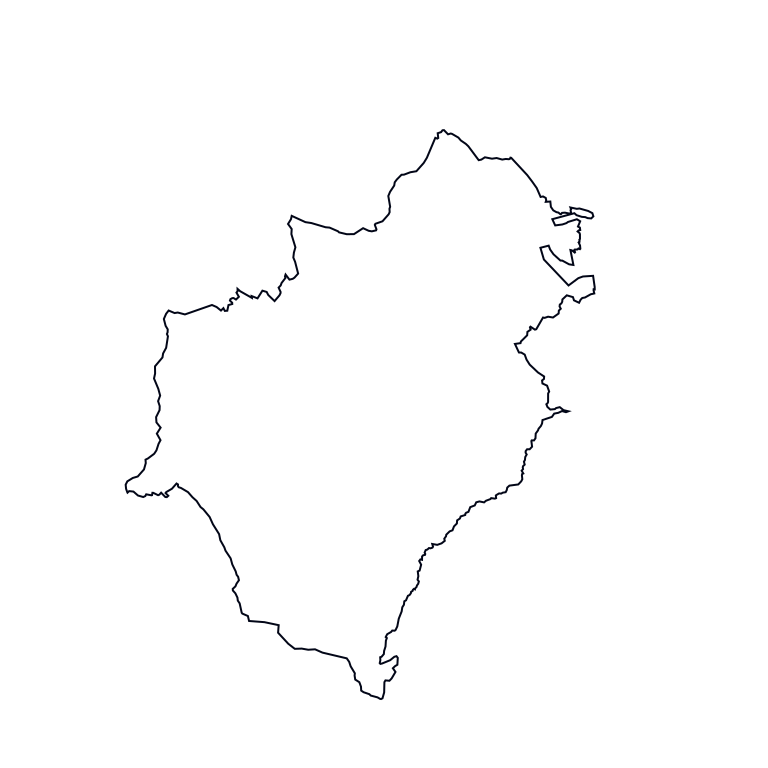 Odaile, Buzau, Romania, rotated 42°
{"feature_id": "2599482B56943146128406", "entity_name": "Odaile", "entity_type": "district", "adm_level": 2, "iso_a3": "ROU", "parent_name": "Romania", "parent_adm1": "Buzau", "projection": "robinson", "projection_center": [26.554, 45.39], "detail": "fine", "context": "isolated", "style": "outline", "palette": "ink", "viewbox_px": 768, "rotation_deg": 42, "n_neighbors": 0, "source": "geoboundaries", "source_scale": "gbopen_adm2", "svg_char_len": 6165}
<svg xmlns="http://www.w3.org/2000/svg" viewBox="0 0 768 768"><g transform="rotate(42 384 384)"><path d="M505.5,632.2L510.3,627.3L518.0,624.8L539.9,612.8L544.1,613.8L548.1,616.1L555.9,618.5L557.2,620.3L560.4,622.9L565.2,622.1L569.4,624.3L572.2,627.1L575.1,626.7L580.7,624.3L582.6,624.4L588.9,621.2L591.8,620.6L592.6,620.1L593.2,618.6L590.5,613.1L583.8,605.3L583.4,603.3L586.6,600.9L586.7,597.7L585.2,590.3L580.8,589.3L581.0,586.3L581.8,583.7L577.5,578.3L575.4,577.9L574.2,579.8L573.4,585.1L569.6,593.0L568.6,594.4L567.6,594.3L566.1,591.7L564.0,589.6L564.7,588.4L564.6,584.8L562.7,582.3L560.8,578.1L557.1,573.4L556.1,570.9L554.6,570.9L553.8,567.8L555.2,563.5L555.1,561.7L557.0,560.2L557.2,559.0L556.1,555.3L552.0,548.5L549.3,541.2L547.0,537.7L546.5,534.7L544.5,531.9L545.1,530.0L543.5,525.4L544.2,523.7L544.0,521.6L543.2,520.3L543.7,518.6L543.2,517.6L543.3,516.3L544.4,515.9L543.9,515.2L544.0,513.1L543.3,511.7L543.1,509.6L542.0,507.4L539.9,507.0L538.1,503.8L534.5,500.7L535.3,498.8L532.5,493.4L528.6,492.0L528.4,490.0L529.9,489.2L527.7,486.7L527.7,485.1L528.8,483.5L528.4,482.7L527.0,482.1L526.1,479.5L527.0,478.0L527.2,475.8L528.5,475.0L529.5,473.2L529.3,472.1L526.9,470.6L531.2,467.9L533.4,463.9L534.1,459.9L532.3,458.6L532.0,455.7L531.1,454.3L531.4,449.6L532.8,446.9L531.3,443.0L531.5,438.9L529.6,436.4L530.4,433.2L529.6,431.1L532.0,427.0L531.2,425.8L531.2,424.7L532.3,422.5L530.5,417.8L532.7,413.5L531.7,410.2L533.5,407.4L537.6,405.0L537.9,402.5L540.1,398.3L540.0,397.1L543.1,395.0L543.7,393.8L541.7,392.0L541.8,391.4L542.7,388.4L544.5,386.9L544.9,385.4L546.8,383.0L546.2,380.7L544.9,378.5L545.2,375.6L551.0,368.8L551.1,364.5L550.5,362.2L547.5,359.5L546.9,358.4L547.4,357.3L544.3,356.3L544.3,354.2L542.8,353.0L542.3,351.9L542.5,349.8L540.0,348.1L539.6,346.2L537.8,343.7L537.2,340.9L535.2,340.3L534.2,339.1L534.0,336.8L535.9,335.1L536.0,331.5L531.7,327.8L531.5,327.1L533.2,325.6L532.9,323.0L529.9,319.3L529.5,315.5L528.8,313.8L528.7,310.3L527.9,307.6L525.9,304.7L530.8,296.1L530.3,292.1L532.8,288.8L534.4,285.0L538.1,283.2L539.3,280.9L534.9,283.3L530.1,283.6L528.0,286.7L527.8,288.3L524.7,291.7L520.8,291.7L518.2,290.4L518.4,288.9L518.0,287.6L512.3,281.2L511.8,279.1L506.3,276.1L501.4,277.6L499.1,275.6L499.5,273.2L498.0,271.3L490.7,272.4L479.3,272.1L473.6,270.5L468.9,268.0L464.9,268.8L463.2,270.3L454.5,266.6L458.1,262.3L457.3,260.8L457.8,252.0L455.7,249.3L456.6,245.5L454.5,244.2L454.5,243.4L459.8,242.6L460.5,241.4L457.7,228.2L459.1,227.4L460.9,224.2L465.1,221.5L466.6,214.8L464.8,212.4L465.0,209.8L462.6,208.9L461.5,207.3L461.9,205.5L461.4,203.6L460.0,201.8L460.5,195.8L466.3,193.0L469.2,194.7L474.6,193.1L473.7,189.8L473.8,187.4L475.5,185.2L477.6,179.0L479.7,176.0L477.0,174.1L476.4,173.3L477.3,172.7L475.6,170.9L467.0,163.7L459.9,171.0L457.6,175.3L455.2,187.3L419.5,184.5L409.1,178.1L413.8,171.0L417.5,172.9L423.2,174.2L432.5,174.2L433.9,173.0L441.5,171.2L445.1,168.8L432.9,159.7L434.1,159.0L437.8,158.7L437.8,158.2L435.8,157.3L435.7,156.6L437.8,154.5L437.8,153.2L439.4,152.7L439.4,152.1L436.9,149.8L435.0,149.1L434.7,148.4L433.9,148.5L433.7,146.8L432.7,146.2L432.6,145.1L429.4,141.6L428.4,141.0L425.8,141.1L425.9,139.6L426.8,138.3L424.9,136.7L422.8,137.2L420.9,131.8L417.1,132.5L412.3,140.5L411.9,142.4L409.8,146.1L405.1,151.6L398.8,148.9L411.2,129.7L414.1,129.7L419.2,127.4L421.9,125.3L424.3,124.5L427.2,122.3L427.4,119.3L424.5,117.6L419.9,118.8L411.8,122.8L410.1,124.8L404.4,128.1L406.2,129.0L406.3,130.0L408.4,131.5L407.9,133.2L403.8,135.6L401.8,137.7L401.9,139.3L401.5,139.8L398.9,139.9L397.2,140.9L393.6,141.7L389.5,140.7L385.5,137.1L382.3,140.4L381.6,138.9L379.7,137.5L376.7,138.2L375.2,140.2L366.4,136.2L358.5,134.4L350.6,132.9L327.2,130.8L326.5,131.2L326.9,132.4L326.4,133.4L323.9,135.3L321.7,138.1L316.5,140.7L313.5,144.3L307.3,148.0L306.2,152.1L304.6,154.3L287.6,150.9L284.3,150.8L278.1,151.6L274.4,151.1L267.2,152.6L266.0,153.2L264.5,155.6L258.7,155.2L257.7,156.3L257.9,158.6L256.1,161.7L259.7,164.9L259.4,166.0L257.4,166.7L264.5,187.2L265.6,193.1L265.7,204.2L261.9,209.0L258.8,215.0L257.0,216.8L256.7,223.4L257.0,226.9L258.8,229.7L259.9,237.1L261.4,241.4L270.0,248.2L270.8,250.1L273.2,252.5L273.9,254.8L274.0,264.1L270.4,270.7L270.7,271.9L274.9,274.1L275.3,275.1L272.8,278.7L270.1,280.4L264.2,282.2L261.4,292.7L256.1,297.6L249.1,301.4L247.6,301.3L238.9,304.2L235.7,306.6L222.3,313.0L217.3,316.3L202.9,320.8L204.6,323.8L205.6,329.3L211.7,330.6L214.9,334.6L226.7,341.7L229.1,346.6L232.0,350.7L236.2,352.7L246.3,359.4L246.3,364.9L245.8,366.9L243.9,369.7L237.6,368.5L238.4,370.3L239.8,371.2L240.3,377.5L241.3,379.9L241.2,382.9L245.6,384.8L246.3,385.7L247.0,388.1L247.2,395.6L238.4,395.3L235.2,394.1L231.2,396.0L232.7,405.0L226.8,407.2L228.2,408.4L215.0,411.3L211.5,411.3L213.1,413.0L213.2,414.8L217.8,416.3L217.5,420.3L214.7,420.8L213.8,421.7L213.1,423.7L213.7,425.1L216.8,425.2L217.7,426.1L215.6,429.4L218.5,434.4L216.8,436.2L213.9,435.1L213.7,438.5L208.1,438.8L203.3,440.4L189.5,465.5L182.9,468.9L180.9,471.4L174.8,473.5L175.1,477.6L176.9,483.0L182.8,486.9L186.7,488.1L188.6,490.4L189.2,492.1L191.5,493.1L197.9,502.9L199.4,509.1L201.6,512.5L202.0,524.1L206.9,529.4L209.4,533.8L219.5,538.6L225.4,542.4L227.6,547.9L232.1,550.5L234.7,553.6L236.8,561.1L240.6,564.8L247.2,565.9L248.4,572.9L255.5,575.3L256.5,579.3L259.3,585.6L259.9,589.6L258.4,597.3L257.4,599.8L259.9,602.2L262.8,608.1L262.9,617.5L260.2,621.9L258.4,628.1L259.4,631.7L262.5,634.5L265.8,636.3L266.1,636.4L266.3,634.1L269.8,631.6L275.8,631.5L280.7,629.1L281.6,627.0L281.1,625.1L285.7,622.3L286.0,621.8L284.7,619.8L285.3,619.3L290.5,617.8L291.1,616.6L291.1,613.9L297.1,614.3L298.3,613.4L298.5,611.4L294.6,611.2L294.5,610.0L296.5,603.7L296.4,596.8L298.1,596.5L299.1,597.7L300.5,598.1L302.7,597.1L310.7,595.5L317.4,596.3L323.0,596.3L330.0,598.2L333.6,598.0L343.4,599.5L350.7,602.7L361.9,605.9L366.9,609.6L374.6,612.2L377.7,613.9L386.7,616.2L392.0,619.6L399.2,622.5L402.1,624.4L404.6,624.9L407.5,626.9L408.0,631.0L409.0,633.8L408.7,637.5L409.9,638.6L413.6,639.0L418.0,640.8L420.3,642.8L423.5,643.6L431.3,649.2L432.4,649.4L438.1,647.5L442.3,650.4L454.5,641.0L467.1,633.7L471.7,639.7L486.7,641.1L494.9,640.5L499.9,635.7L505.5,632.2Z" fill="none" stroke="#020617" stroke-width="2"/></g></svg>